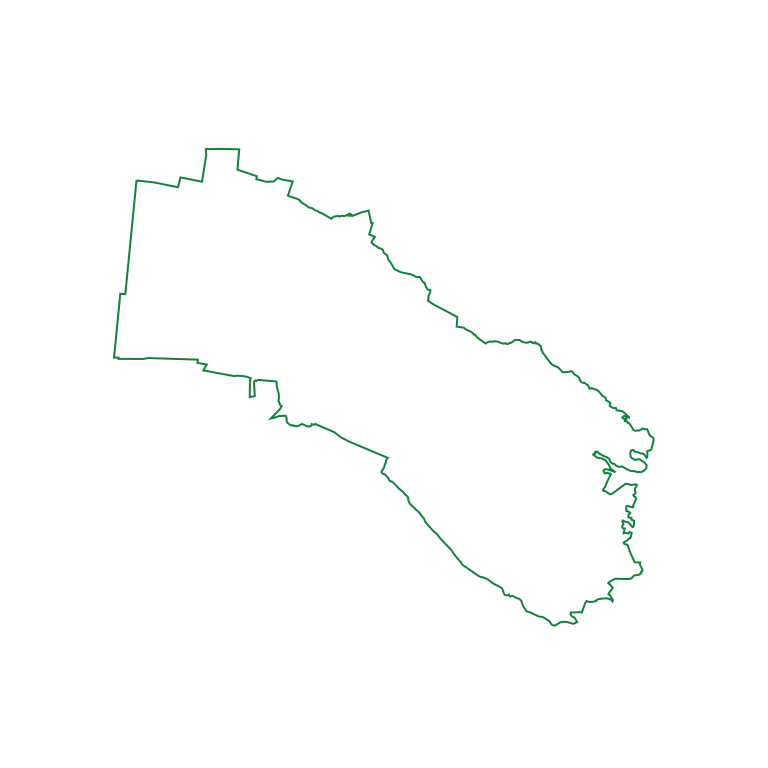 outline of Breaza, Buzau, Romania, rotated 125°
{"feature_id": "2599482B77763145054597", "entity_name": "Breaza", "entity_type": "district", "adm_level": 2, "iso_a3": "ROU", "parent_name": "Romania", "parent_adm1": "Buzau", "projection": "equal_earth", "projection_center": [26.528, 45.111], "detail": "fine", "context": "isolated", "style": "outline", "palette": "green", "viewbox_px": 768, "rotation_deg": 125, "n_neighbors": 0, "source": "geoboundaries", "source_scale": "gbopen_adm2", "svg_char_len": 6102}
<svg xmlns="http://www.w3.org/2000/svg" viewBox="0 0 768 768"><g transform="rotate(125 384 384)"><path d="M517.2,620.3L514.7,616.6L515.7,615.9L501.7,595.8L496.5,590.4L496.5,589.8L470.8,550.4L473.7,548.9L469.7,540.4L476.5,539.8L463.4,511.1L461.5,509.2L458.5,504.2L456.7,500.4L455.7,496.4L457.9,495.9L471.8,486.4L468.0,482.9L457.1,491.5L455.0,491.5L454.9,490.4L453.0,489.7L443.8,473.9L444.3,472.9L448.0,469.9L452.1,464.9L455.7,462.0L457.7,461.3L460.5,457.4L460.9,456.5L460.8,455.1L464.4,454.8L477.2,456.9L474.3,454.3L470.6,451.7L466.4,446.4L467.0,445.7L467.3,444.6L471.1,441.7L471.4,436.9L470.2,435.4L470.2,434.1L469.3,433.0L469.0,431.6L467.6,430.2L463.7,428.2L463.0,424.1L462.3,421.7L461.6,420.8L460.2,419.8L459.1,419.7L458.3,420.2L457.7,418.3L456.9,417.4L456.2,417.4L452.0,397.1L452.3,388.7L451.3,380.1L442.3,338.5L444.7,338.7L448.0,337.2L449.4,337.2L452.3,336.1L457.5,335.7L458.0,334.5L458.2,333.3L457.8,332.5L457.6,330.3L458.2,328.9L458.3,327.3L459.9,324.2L460.0,322.7L459.4,321.9L459.4,319.8L461.2,311.3L461.4,306.7L462.3,303.9L462.7,299.8L466.2,296.2L467.4,293.5L469.1,281.7L470.3,278.1L471.2,274.2L473.2,271.3L476.2,259.3L476.5,254.5L478.3,248.8L481.4,233.7L483.9,226.9L486.2,217.9L487.1,216.4L487.0,196.5L486.6,193.9L485.8,192.7L484.5,187.2L484.8,180.2L483.6,170.8L484.1,169.4L487.0,165.2L487.4,163.8L486.8,162.2L484.9,160.9L485.8,159.3L485.6,158.5L484.3,157.6L483.8,156.7L483.2,152.5L482.4,150.1L482.8,147.3L486.3,142.4L488.4,136.7L487.2,132.9L485.6,123.8L483.8,120.2L483.4,112.6L484.8,108.8L484.8,107.9L484.1,105.5L478.4,103.0L477.0,101.9L475.1,99.6L473.8,97.2L472.0,91.6L471.0,90.7L468.3,89.3L466.4,93.1L466.1,94.5L466.5,96.4L465.9,99.0L464.1,99.9L458.2,92.3L457.8,90.9L447.7,93.6L445.6,93.7L445.2,91.8L444.6,90.5L442.8,88.2L440.0,85.7L438.5,85.9L436.7,84.3L433.9,81.4L431.8,78.5L430.7,75.6L430.5,73.6L431.0,72.2L429.8,72.4L427.5,77.5L427.4,79.6L425.4,79.9L420.9,79.6L419.5,80.0L419.5,81.2L418.6,83.8L418.7,86.0L418.2,86.2L413.5,84.4L410.8,82.7L403.7,72.1L401.4,69.9L397.3,69.3L393.9,65.6L391.1,64.7L390.8,65.6L388.7,65.1L387.6,66.3L385.1,71.0L383.3,71.6L386.3,76.5L379.8,87.2L376.9,91.0L376.2,92.4L377.1,95.4L376.4,96.8L372.5,95.0L369.8,94.7L369.2,93.9L366.7,94.3L366.2,94.8L364.0,95.5L364.4,98.0L366.3,98.0L367.1,100.0L368.9,102.2L364.3,103.8L365.1,105.3L365.0,106.3L364.5,107.1L363.8,107.4L361.3,107.5L359.7,110.0L358.8,110.1L358.4,107.2L357.3,105.3L357.6,101.8L358.2,100.8L358.6,98.5L358.3,97.9L356.5,98.3L352.5,100.7L353.3,103.4L351.7,104.5L352.7,106.1L353.0,107.2L352.7,107.8L350.3,108.9L348.7,108.1L348.3,108.4L348.1,110.2L349.1,112.4L347.4,114.1L345.0,115.3L344.3,114.7L342.3,109.3L341.4,109.5L340.9,110.1L333.5,111.6L332.4,113.3L332.5,115.0L331.9,116.1L329.5,115.3L328.6,115.6L327.7,116.8L325.9,118.3L321.8,118.8L321.7,119.9L322.1,120.7L324.9,123.4L326.4,127.9L327.9,129.1L342.7,134.1L344.8,135.6L344.8,141.0L345.7,143.4L345.0,144.0L341.4,143.9L334.4,145.4L327.6,146.4L327.5,147.2L328.1,148.0L328.7,150.1L330.6,151.8L329.5,154.3L327.7,154.5L326.4,153.2L325.3,150.7L323.8,144.9L323.5,144.7L323.3,149.7L322.3,152.0L321.4,152.8L319.2,159.7L320.0,161.0L319.8,162.3L322.0,167.0L321.9,172.2L320.3,171.9L319.6,171.0L318.3,172.1L317.4,171.1L317.1,169.8L317.7,167.5L317.3,166.9L317.1,163.4L316.1,159.3L316.1,157.1L316.3,156.1L317.8,154.4L318.1,153.5L318.1,150.7L317.4,149.6L317.3,148.4L317.9,146.9L317.0,143.8L314.9,141.6L314.6,136.3L313.6,131.7L311.8,129.0L311.1,126.4L308.6,122.7L305.7,121.3L302.6,120.8L300.0,122.1L298.9,125.8L299.1,131.6L302.1,134.8L302.4,135.4L302.5,138.7L302.1,140.2L299.6,142.6L296.6,143.5L295.3,142.4L295.0,141.6L295.5,139.7L294.5,137.6L293.7,134.0L292.7,132.3L292.3,130.6L293.9,126.5L292.8,126.5L289.8,128.3L288.2,129.8L287.4,129.6L285.9,128.0L284.4,127.4L275.1,131.0L273.7,132.3L273.7,136.7L270.1,142.5L271.7,144.7L272.1,146.7L274.5,147.4L276.0,148.4L276.4,149.7L278.0,150.9L278.6,152.6L278.4,154.3L277.1,156.3L275.6,160.8L276.0,162.0L275.2,163.2L276.3,165.5L275.4,165.9L273.8,165.4L273.4,165.8L275.0,167.7L274.8,169.4L273.1,169.4L272.0,168.2L271.6,165.1L271.1,163.9L270.7,164.1L269.5,172.9L272.1,178.3L270.6,180.4L272.1,182.0L272.5,185.5L272.3,186.6L271.5,187.2L270.1,187.3L269.6,188.3L269.9,192.7L268.5,194.2L268.1,195.7L268.4,198.2L266.7,204.3L266.7,206.3L267.9,209.6L268.0,211.3L270.0,212.8L268.1,216.0L268.1,220.4L268.9,221.7L269.3,223.4L268.4,226.1L267.2,227.1L266.7,229.5L266.9,233.9L265.8,236.9L266.3,238.3L268.4,240.0L271.9,244.1L270.5,251.2L271.4,254.6L271.7,258.1L270.0,263.8L267.7,270.3L267.6,271.7L266.5,272.8L266.1,274.2L263.3,276.9L262.8,280.1L262.9,281.8L263.7,282.5L263.0,283.8L263.4,284.5L264.9,285.0L265.2,286.0L264.9,287.0L265.3,288.3L268.6,291.0L270.2,295.0L270.2,298.2L272.7,301.9L277.3,303.5L278.4,304.7L280.3,305.5L281.0,306.8L280.9,307.9L282.2,308.9L283.5,312.2L284.0,314.8L285.4,317.8L286.0,318.5L287.0,319.0L288.4,321.6L290.9,323.5L292.3,323.7L292.7,324.8L292.4,329.8L292.7,331.5L292.3,333.2L292.5,334.5L291.3,338.0L292.0,338.6L291.3,341.3L291.5,343.9L292.2,347.0L292.4,349.7L292.0,350.7L295.3,357.4L287.1,362.3L290.4,388.7L290.6,395.8L289.4,396.1L286.6,397.9L282.3,398.7L280.5,399.9L280.4,400.3L281.2,401.1L281.5,402.6L280.2,405.5L277.7,409.0L278.2,409.8L277.9,411.1L275.9,415.9L275.9,416.4L277.5,418.1L278.7,424.7L282.7,434.1L284.0,441.1L281.3,446.9L279.7,451.7L276.8,455.3L276.6,459.4L274.6,462.3L274.9,464.5L275.7,466.6L275.4,469.5L275.8,472.1L275.4,475.2L273.1,475.8L268.8,475.8L269.9,482.0L258.7,485.6L259.4,486.8L250.8,496.1L256.5,501.0L264.5,506.3L264.2,506.8L265.3,507.9L264.0,508.4L263.8,509.0L264.2,510.0L265.0,510.3L266.4,509.8L266.8,510.0L266.6,511.2L268.8,512.4L271.0,515.6L272.4,516.5L272.7,518.0L275.2,520.7L276.9,521.7L278.9,522.0L279.6,531.5L280.5,535.7L280.4,537.8L281.3,540.4L281.1,541.1L281.2,543.7L282.5,546.8L282.4,551.2L282.7,555.5L282.3,556.2L282.2,557.7L281.7,559.8L284.9,570.7L270.4,575.0L274.8,584.2L276.2,589.4L281.4,590.4L286.1,596.9L289.4,606.1L286.8,607.3L287.0,608.1L292.5,627.0L274.8,637.2L283.8,650.8L293.8,664.7L298.3,661.0L322.7,649.1L331.5,669.2L341.0,665.6L350.7,687.8L358.4,702.0L359.6,703.3L458.1,647.8L458.8,647.4L461.3,651.8L517.2,620.3Z" fill="none" stroke="#15803d" stroke-width="2"/></g></svg>